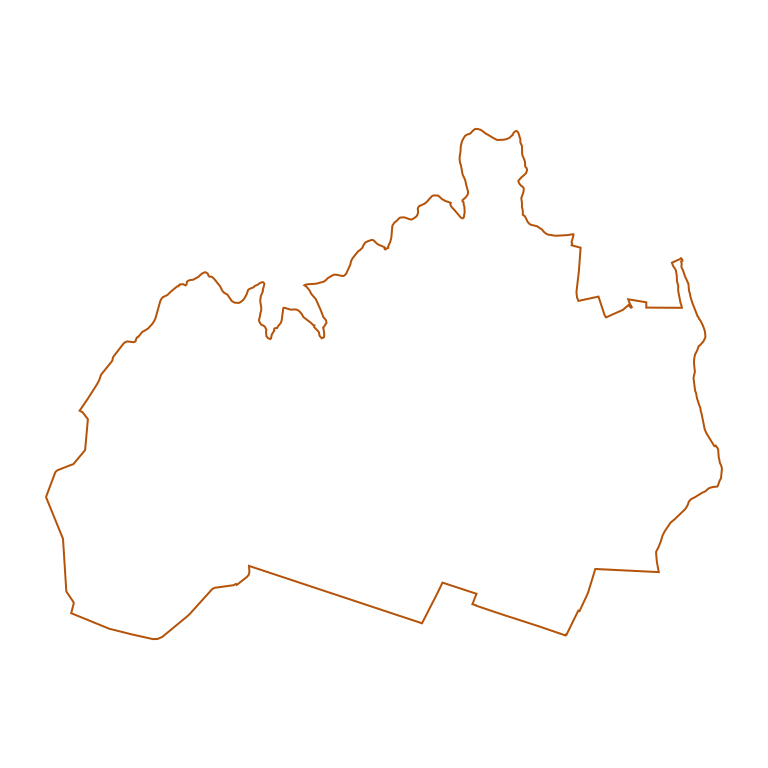 Tuzla, Constanta, Romania (Natural Earth projection)
{"feature_id": "2599482B16901594770038", "entity_name": "Tuzla", "entity_type": "district", "adm_level": 2, "iso_a3": "ROU", "parent_name": "Romania", "parent_adm1": "Constanta", "projection": "natural_earth1", "projection_center": [28.608, 44.001], "detail": "fine", "context": "isolated", "style": "outline", "palette": "amber", "viewbox_px": 768, "rotation_deg": 0, "n_neighbors": 0, "source": "geoboundaries", "source_scale": "gbopen_adm2", "svg_char_len": 6083}
<svg xmlns="http://www.w3.org/2000/svg" viewBox="0 0 768 768"><path d="M658.8,572.1L656.9,562.1L656.1,553.4L656.2,551.6L658.7,546.8L660.8,541.3L662.6,535.4L664.9,531.0L670.6,522.6L674.8,519.1L684.7,509.6L686.5,507.2L687.9,504.5L688.8,501.7L690.8,499.4L692.8,498.2L694.3,497.6L702.5,492.5L703.9,492.1L706.1,490.7L707.7,489.1L709.6,487.9L712.9,487.0L717.2,486.6L717.8,485.9L719.5,481.0L721.0,478.2L721.8,470.1L721.9,468.0L721.1,465.4L719.8,462.7L719.3,459.4L718.8,457.9L718.1,449.4L717.5,448.0L715.7,445.6L715.1,446.1L714.3,446.1L706.3,433.0L704.7,429.3L701.7,414.4L700.7,410.7L700.4,408.1L699.1,404.7L696.9,398.0L696.1,393.3L695.1,390.6L693.5,377.9L694.9,371.7L694.1,364.7L694.0,360.8L694.3,358.2L695.0,354.6L697.2,350.4L698.7,346.2L700.3,344.9L703.3,341.6L705.3,337.5L705.3,334.4L704.7,330.5L702.8,325.4L700.7,321.0L699.1,318.9L698.2,316.8L697.6,316.3L692.4,303.0L690.6,297.3L690.0,294.0L689.0,290.6L688.4,283.6L687.6,282.3L687.5,281.7L684.9,276.1L682.8,269.8L681.7,267.9L681.4,266.4L681.7,263.7L681.1,261.7L681.3,261.2L682.4,260.9L682.3,259.6L680.9,258.2L680.1,259.0L671.9,262.7L673.2,266.1L675.1,268.9L675.9,270.5L676.7,275.2L677.0,281.3L678.1,285.3L678.3,287.0L678.1,289.0L678.3,291.4L680.4,302.4L681.6,306.2L681.9,307.8L646.3,307.6L646.3,302.3L628.2,299.3L629.5,303.0L631.8,307.2L631.1,307.7L628.4,305.1L623.0,309.8L606.0,317.4L604.5,314.9L598.5,296.6L578.4,300.9L577.1,297.7L576.5,293.2L576.6,290.6L578.9,271.1L580.6,247.7L571.6,245.3L572.2,243.4L571.5,242.2L573.0,237.2L573.5,234.8L573.3,234.2L567.2,235.1L557.1,235.7L554.8,235.7L548.1,234.6L546.3,233.8L543.7,231.7L542.3,229.8L537.0,226.2L531.4,224.9L529.8,224.2L527.8,222.1L525.2,216.8L524.5,215.9L522.8,214.8L522.8,210.8L522.4,208.5L521.9,207.3L522.0,203.5L521.3,198.0L523.3,192.6L523.8,189.0L523.5,187.8L522.9,187.0L520.9,185.5L519.5,183.8L518.7,182.2L518.4,181.4L518.4,180.7L521.4,177.3L523.5,175.6L526.1,173.1L527.0,170.4L526.9,169.1L526.4,167.9L525.5,166.9L525.0,165.4L525.1,164.4L525.0,161.9L524.2,159.5L522.6,155.8L522.1,153.5L522.0,146.2L520.3,142.3L520.4,139.7L520.1,138.2L519.5,137.0L519.3,135.5L518.2,132.6L517.3,131.4L516.3,131.0L515.0,131.5L514.4,132.1L513.4,133.2L512.5,134.8L512.6,135.2L511.6,135.8L509.5,137.8L506.7,139.1L503.8,139.7L497.3,140.0L494.4,138.6L487.8,134.7L485.2,133.2L482.4,130.9L480.1,129.6L477.2,128.9L475.0,129.0L472.7,130.9L470.1,133.7L468.3,134.1L466.2,135.1L465.0,136.0L464.1,137.4L462.8,139.6L461.9,141.6L460.8,146.1L460.5,151.7L459.7,156.5L459.6,159.2L459.9,161.9L461.1,166.2L462.4,173.5L462.7,174.7L465.0,179.7L465.4,181.1L466.3,185.3L467.9,191.0L468.0,192.4L467.9,193.9L467.3,195.3L465.7,197.3L462.5,200.2L462.3,200.9L463.6,202.4L463.6,204.2L464.4,207.0L464.6,211.0L464.6,213.6L464.1,214.5L464.1,216.1L463.7,217.5L463.2,218.1L462.1,218.3L460.5,217.2L454.3,209.8L452.0,207.5L450.6,205.4L450.4,204.2L450.8,202.9L445.0,200.8L443.8,200.0L442.4,199.4L438.2,195.6L433.9,195.4L432.4,195.9L431.4,196.6L430.9,197.4L429.6,198.6L427.4,201.3L424.8,203.6L418.9,206.3L417.8,208.3L418.1,212.5L417.6,214.3L416.8,215.9L416.0,216.8L413.7,218.4L411.6,219.5L410.0,219.4L405.2,217.6L403.5,217.3L400.2,217.6L399.1,218.3L396.3,221.2L394.8,222.2L392.6,225.2L392.3,226.4L391.3,237.8L390.3,241.7L388.1,246.5L388.3,247.8L388.0,248.1L385.7,248.7L386.0,249.0L385.7,249.4L385.1,249.4L384.5,248.7L384.5,248.2L384.8,247.7L384.5,247.2L378.8,244.8L377.1,243.8L374.0,240.7L372.7,240.0L371.6,239.9L367.2,241.5L365.7,242.3L364.8,243.1L363.1,245.8L362.8,247.0L362.3,247.8L360.3,249.8L357.9,251.5L352.5,258.4L351.0,261.3L350.4,264.4L347.0,271.9L346.2,273.6L344.5,275.5L342.8,276.1L337.4,274.9L334.2,274.6L331.5,275.9L327.6,278.3L326.2,279.8L323.9,281.6L316.3,283.7L307.2,284.3L305.0,284.9L304.4,285.3L306.1,286.3L308.1,288.6L310.1,291.3L310.8,293.1L311.7,294.4L315.8,299.1L320.5,309.6L323.4,317.2L325.7,319.8L326.1,320.8L326.4,322.0L326.4,323.3L325.4,324.3L324.8,325.6L323.1,327.7L323.7,329.6L324.1,332.9L324.2,335.5L324.0,337.2L321.7,338.3L319.5,335.7L319.0,332.6L318.4,331.5L314.2,327.1L314.1,326.3L314.4,325.4L313.3,325.2L310.9,322.8L303.4,317.1L301.9,314.3L300.0,311.9L298.4,310.5L296.5,309.6L295.2,309.4L290.9,309.7L284.4,307.8L283.6,307.8L283.2,308.6L281.8,319.6L281.1,322.3L279.6,324.5L278.6,325.4L277.0,328.1L275.7,328.0L274.4,328.5L274.0,330.0L274.3,330.5L271.8,334.5L271.0,338.4L270.2,339.1L268.2,338.2L267.6,337.6L266.4,336.2L266.0,331.8L266.4,329.6L265.7,328.5L265.2,327.1L263.6,325.7L261.0,324.5L259.2,321.4L259.0,319.9L260.0,316.0L260.4,313.1L261.3,310.2L261.2,307.4L260.2,300.9L260.8,296.2L262.4,292.6L262.6,291.6L263.0,291.0L262.7,290.3L264.3,284.5L264.1,283.4L263.6,282.6L262.9,282.2L262.1,282.2L259.7,283.1L258.4,284.3L254.6,286.1L253.6,287.3L249.3,289.0L248.1,290.0L246.5,294.6L244.4,298.4L243.1,300.0L240.8,301.9L238.9,302.9L234.9,302.7L233.0,301.8L231.7,300.9L227.4,294.6L224.2,292.8L222.4,290.9L220.1,286.3L214.4,279.2L212.5,277.3L211.4,276.7L209.4,276.6L208.6,275.8L207.6,273.5L206.2,272.6L205.1,272.2L202.4,273.3L199.8,275.4L198.4,276.9L192.9,279.8L189.9,280.1L188.2,280.8L187.1,281.6L186.7,282.4L186.7,283.9L186.5,284.6L185.4,285.4L183.2,284.2L179.9,284.4L179.7,285.0L179.2,285.0L178.3,286.3L177.4,286.2L171.0,291.5L167.4,295.0L162.8,297.2L161.4,298.9L160.3,301.0L155.5,318.2L154.4,320.7L151.9,324.4L147.9,328.7L142.2,332.0L138.4,336.7L136.8,337.6L136.8,338.0L135.8,339.8L135.7,341.0L135.1,341.6L133.7,342.2L127.2,341.4L124.8,342.4L123.5,343.6L113.6,356.4L113.0,357.4L112.3,360.6L111.5,361.8L101.1,374.6L99.1,380.4L96.8,384.6L87.7,398.9L79.6,410.7L82.5,412.2L87.9,419.2L85.1,450.1L73.1,464.4L71.6,464.7L57.6,470.2L55.9,471.5L55.2,472.5L46.1,496.8L46.2,497.5L63.0,538.8L66.3,591.0L66.4,591.6L73.4,602.0L73.8,603.1L71.2,613.2L109.4,628.8L131.0,634.2L152.9,639.1L157.5,639.0L162.3,636.9L187.6,616.0L189.9,613.8L212.2,589.1L214.6,587.8L233.6,585.2L235.9,583.9L236.6,584.9L237.2,584.6L247.2,576.7L248.8,574.6L249.4,572.1L249.0,565.9L422.0,623.3L437.8,592.4L442.5,582.6L476.5,593.8L472.4,604.2L476.0,605.3L476.1,605.7L502.9,614.7L538.8,626.3L565.3,635.4L565.6,634.6L566.4,634.9L578.3,610.6L579.5,611.1L586.8,595.6L588.3,591.9L595.3,569.0L658.8,572.1Z" fill="none" stroke="#b45309" stroke-width="2"/></svg>